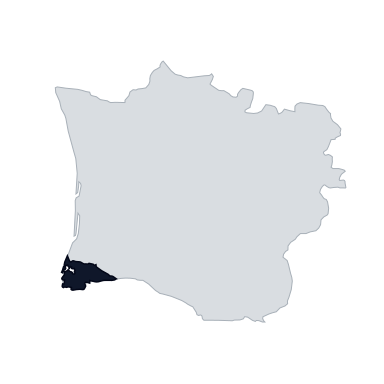 Sud-Comoé highlighted on a map of Ivory Coast, rotated 99°
{"feature_id": "CIV-3462", "entity_name": "Sud-Comoé", "entity_type": "Region", "adm_level": 1, "iso_a3": "CIV", "parent_name": "Ivory Coast", "parent_adm1": "", "projection": "natural_earth1", "projection_center": [-3.177, 5.67], "detail": "fine", "context": "in_parent", "style": "filled", "palette": "ink", "viewbox_px": 384, "rotation_deg": 99, "n_neighbors": 0, "source": "natural_earth", "source_scale": "10m", "svg_char_len": 5965}
<svg xmlns="http://www.w3.org/2000/svg" viewBox="0 0 384 384"><g transform="rotate(99 192 192)"><path d="M92.9,67.4L94.1,67.3L97.2,66.3L100.1,63.9L102.8,58.8L106.4,54.8L110.4,55.1L111.6,54.3L113.0,54.2L114.7,56.9L116.4,58.9L117.6,58.9L118.5,62.8L125.9,64.4L129.0,65.4L131.7,68.2L132.6,68.3L133.7,67.7L134.6,66.7L134.8,65.7L133.6,63.1L134.2,60.9L135.4,58.8L137.3,58.7L140.1,58.1L143.4,58.1L145.8,58.5L146.8,56.5L145.9,50.8L146.2,47.6L146.6,45.0L147.5,43.9L151.1,47.2L154.5,48.4L156.9,48.5L157.5,47.9L156.5,44.3L156.8,43.2L157.7,42.5L159.3,42.2L163.5,40.7L164.0,41.0L164.8,46.7L164.4,48.6L165.3,52.5L166.4,56.1L166.3,57.5L165.4,59.8L164.3,61.8L164.4,62.7L166.1,64.1L169.3,65.5L172.7,65.8L174.6,63.7L176.5,62.0L177.9,60.5L178.4,58.2L180.5,56.6L186.6,54.5L192.2,54.2L193.6,54.9L196.1,58.0L199.3,60.2L204.2,59.9L207.8,61.2L210.9,63.6L212.9,69.0L215.2,72.9L216.1,78.4L219.7,81.3L222.5,82.6L226.3,86.7L230.2,88.7L234.2,88.2L236.1,90.3L239.1,91.8L242.2,91.9L244.8,87.3L248.3,85.5L257.2,81.8L260.7,80.1L264.3,79.0L272.8,78.7L280.8,79.8L284.7,80.7L287.4,80.1L290.0,82.3L292.7,86.9L294.8,88.4L297.1,90.0L298.7,93.6L300.6,97.2L301.7,98.8L304.1,102.4L306.1,102.4L308.1,100.9L309.0,99.7L309.4,102.1L308.6,105.9L308.8,108.3L309.9,109.2L309.3,112.2L306.9,117.4L306.9,120.5L309.2,121.4L310.9,124.7L311.9,130.2L312.9,132.1L313.0,133.2L314.7,146.7L316.8,160.2L315.5,161.9L313.6,162.5L312.5,163.1L312.1,164.3L312.9,166.2L312.4,167.9L310.1,169.0L305.2,173.3L304.8,175.0L303.5,178.7L302.4,180.9L300.8,185.1L298.3,196.0L297.3,205.1L297.2,207.9L296.2,209.8L295.0,212.6L289.7,220.4L286.9,226.7L287.3,229.5L287.4,232.3L286.6,234.3L286.8,239.6L287.4,244.1L288.4,248.5L292.3,261.0L294.3,268.6L295.6,274.7L296.7,278.8L297.7,280.4L298.1,282.0L303.9,283.1L305.0,284.0L306.6,292.0L306.3,295.6L305.2,296.9L305.3,300.0L305.0,303.8L304.1,305.3L300.9,305.4L298.7,306.9L295.8,306.3L295.5,305.4L294.0,305.0L289.7,302.9L290.4,296.0L288.4,295.7L286.9,296.6L283.8,304.9L282.4,306.3L260.9,302.0L256.3,298.6L250.7,297.8L241.0,298.2L233.0,299.2L230.7,301.3L250.9,300.1L253.1,300.3L254.1,301.6L228.5,304.3L218.8,306.0L215.9,305.5L213.7,302.9L203.1,302.5L200.9,303.4L199.6,305.4L203.8,304.9L210.4,304.8L212.1,306.3L191.5,308.3L177.2,312.0L171.2,314.8L151.2,323.8L139.0,328.1L135.9,329.7L130.3,334.1L123.2,336.9L115.2,342.1L110.4,343.3L109.3,341.6L109.2,332.8L108.5,321.0L108.8,316.5L109.4,312.2L109.4,308.7L111.9,307.4L112.5,305.9L112.9,301.3L115.1,297.1L115.2,289.8L115.9,288.3L116.4,286.4L115.4,281.6L114.2,272.6L113.6,272.0L113.0,272.4L111.8,272.5L106.8,269.4L102.9,268.9L100.2,266.2L100.0,263.2L98.7,261.4L97.8,257.9L96.4,253.9L92.6,251.5L89.1,250.9L86.5,251.4L83.5,251.3L80.1,249.9L77.8,248.4L75.6,245.4L73.5,243.1L71.8,243.4L69.8,242.8L67.9,241.8L67.2,240.9L75.5,231.6L78.3,227.0L78.7,224.2L78.7,221.4L79.6,218.5L79.9,214.1L75.3,198.0L74.2,193.1L72.9,191.6L72.2,191.1L74.5,189.0L77.7,189.5L82.6,191.1L83.6,189.6L87.4,181.5L87.3,178.5L86.9,176.4L89.1,170.8L90.8,168.7L91.7,166.4L91.5,163.2L90.2,162.0L88.4,162.3L86.4,161.5L83.3,159.7L81.7,158.0L82.2,150.7L82.5,148.5L83.6,147.1L85.3,146.8L90.2,146.6L94.1,147.4L97.6,147.9L99.4,147.9L100.9,150.1L102.8,152.3L104.6,152.3L105.2,150.6L104.8,143.4L103.7,139.6L101.1,135.9L94.2,132.7L94.1,128.3L94.8,123.6L96.3,121.8L101.4,118.8L100.5,117.1L98.9,115.4L95.7,113.7L96.4,107.9L96.6,102.9L93.9,103.4L91.1,103.7L88.7,102.1L86.8,99.1L86.4,90.6L86.5,80.7L86.1,76.4L86.9,74.1L89.3,71.9L91.9,69.1L92.9,67.4ZM293.0,306.4L291.9,308.3L286.5,307.1L287.8,305.5L293.0,306.4Z" fill="#d9dde1" stroke="#a8b0b8" stroke-width="1"/><path d="M289.6,253.2L289.7,253.4L290.9,254.6L291.8,257.3L293.0,265.2L293.6,266.9L295.2,270.2L295.7,272.0L295.8,273.7L295.4,279.1L298.0,278.8L297.6,281.8L297.8,283.0L298.8,283.6L299.6,283.5L300.9,282.6L301.6,282.3L304.5,283.2L305.1,283.7L305.4,284.3L305.5,285.0L305.6,287.5L306.4,290.9L307.5,294.0L307.6,294.8L307.5,295.6L307.1,296.2L306.6,296.3L305.2,296.1L304.9,299.0L305.1,299.6L305.6,300.6L305.8,301.1L305.8,301.6L305.6,302.5L305.7,303.0L305.8,303.1L306.3,303.7L306.5,304.0L306.2,304.9L305.6,305.4L304.6,305.5L303.0,305.4L302.9,304.1L301.5,303.9L299.9,304.1L298.8,304.1L299.1,305.1L298.9,306.0L298.3,306.8L297.5,307.1L296.9,306.8L294.7,305.7L294.0,305.1L293.2,305.3L291.6,305.4L290.9,305.8L290.6,304.9L289.9,303.8L289.2,302.9L288.5,302.5L288.2,302.1L288.6,301.4L289.3,300.7L289.5,300.5L289.7,299.9L289.8,298.5L290.1,297.9L290.6,297.5L291.1,297.4L291.4,297.1L291.5,296.2L291.4,295.4L291.1,295.1L290.6,295.0L289.9,295.0L289.7,295.1L289.5,295.3L289.2,295.6L288.8,295.7L288.5,295.6L287.9,295.4L287.6,295.3L287.2,295.5L286.4,296.1L285.9,296.3L286.3,297.4L286.5,298.4L286.2,299.1L285.0,299.2L285.2,299.6L285.2,299.9L285.0,300.2L284.7,300.5L285.1,300.8L285.3,300.9L285.0,300.9L285.4,301.1L285.8,301.2L286.3,301.2L286.7,301.2L286.7,301.5L286.3,301.7L285.7,301.7L285.3,301.8L284.9,302.1L284.6,302.5L284.4,303.0L284.2,303.5L283.7,303.2L283.5,303.3L283.5,303.7L284.2,304.1L283.9,304.7L284.2,305.1L284.7,305.3L285.3,305.4L283.8,306.8L281.1,306.7L274.5,305.1L279.1,302.3L280.1,301.3L280.1,301.0L280.0,300.8L280.0,300.5L279.8,300.4L279.7,300.2L278.9,299.4L278.7,299.1L278.6,298.9L278.6,298.6L278.5,298.3L278.5,298.1L278.9,296.0L278.6,292.6L278.6,291.4L278.7,290.9L279.5,288.9L279.9,287.7L279.9,287.2L279.9,286.8L279.9,286.6L279.8,286.4L279.7,286.0L279.5,283.9L279.4,283.5L279.3,283.3L279.2,283.1L279.0,282.9L278.8,282.8L278.6,282.6L278.6,282.1L278.8,278.4L279.0,278.0L279.4,277.4L279.6,277.0L279.6,276.8L279.4,276.4L278.8,275.5L280.5,275.0L280.7,274.9L280.8,274.8L281.0,274.6L283.9,268.9L286.4,262.0L286.8,261.3L287.2,260.9L287.4,260.6L287.6,260.4L287.7,260.1L287.7,259.6L287.7,259.1L287.6,258.1L287.6,257.8L287.9,256.6L289.6,253.2L289.6,253.2ZM291.9,307.4L291.7,308.2L289.9,307.7L285.9,307.2L285.3,306.9L285.4,306.2L286.2,305.4L287.0,304.8L288.1,305.1L288.4,305.3L288.5,305.6L288.6,305.9L288.7,306.1L289.0,306.2L289.9,306.6L290.1,306.6L290.2,306.4L290.6,306.7L291.2,307.4L291.7,307.4L291.9,307.4Z" fill="#0f172a" stroke="#020617" stroke-width="1.5"/></g></svg>